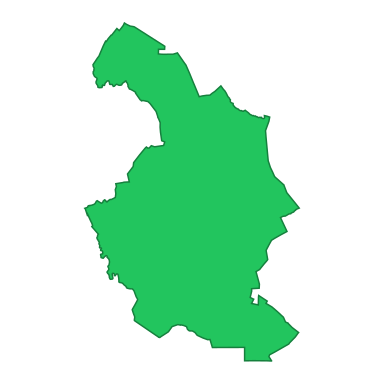 Braslavas pag., Alojas, Latvia
{"feature_id": "27541924B13565408041411", "entity_name": "Braslavas pag.", "entity_type": "district", "adm_level": 2, "iso_a3": "LVA", "parent_name": "Latvia", "parent_adm1": "Alojas", "projection": "mercator", "projection_center": [24.998, 57.744], "detail": "fine", "context": "isolated", "style": "filled", "palette": "green", "viewbox_px": 384, "rotation_deg": 0, "n_neighbors": 0, "source": "geoboundaries", "source_scale": "gbopen_adm2", "svg_char_len": 5872}
<svg xmlns="http://www.w3.org/2000/svg" viewBox="0 0 384 384"><path d="M177.4,52.9L173.1,54.2L167.6,54.2L166.7,54.3L163.9,54.3L161.0,54.2L158.4,53.9L158.5,49.3L164.6,49.3L164.8,46.3L134.4,26.9L133.4,26.6L130.2,26.1L126.6,24.4L124.4,23.0L123.3,25.4L120.9,28.6L119.2,30.6L116.9,28.5L111.7,35.1L111.2,35.1L108.3,38.5L106.3,41.5L105.6,41.1L103.3,45.8L100.8,51.7L98.9,56.2L97.6,57.8L93.0,64.7L93.3,66.7L93.8,67.4L94.0,67.9L94.1,68.6L94.0,69.1L93.9,69.6L94.0,70.3L93.9,70.6L93.2,71.7L93.2,72.9L93.2,73.6L93.5,74.3L94.4,76.2L94.6,76.5L96.7,78.0L97.0,78.4L97.0,79.2L96.0,82.0L96.2,83.4L97.7,85.6L98.0,87.3L98.8,87.6L99.7,87.7L101.9,87.5L102.2,87.0L102.3,86.6L102.2,85.7L102.8,85.0L103.9,85.5L104.5,85.3L105.1,83.3L107.3,80.9L108.6,80.9L109.1,81.5L109.7,84.2L109.9,84.4L112.3,84.5L113.3,86.4L114.4,86.2L115.5,85.0L116.5,84.3L116.8,84.3L118.8,85.2L119.3,85.3L120.5,85.2L121.4,85.0L121.6,84.9L121.9,84.5L122.4,83.4L124.2,82.1L124.8,81.7L125.3,81.0L125.6,80.9L126.0,80.9L126.1,81.0L126.2,81.3L126.4,82.2L126.9,82.6L127.3,83.2L127.6,83.9L128.0,85.2L128.0,86.5L128.8,87.8L129.3,88.8L129.4,89.0L130.7,89.4L133.5,90.9L135.6,92.3L135.6,93.2L139.9,99.4L140.3,99.9L141.1,100.3L141.4,100.8L141.7,100.9L142.2,100.6L143.6,100.6L148.0,101.6L150.1,103.6L156.1,111.5L157.7,116.3L157.7,117.0L158.9,119.4L160.2,122.7L160.1,127.2L160.5,132.2L161.7,140.7L164.7,141.9L164.6,142.4L163.6,145.5L154.6,146.8L151.3,145.7L149.3,147.9L147.9,148.2L146.4,147.0L145.2,148.1L139.9,154.5L133.8,162.4L133.6,162.7L133.6,162.9L133.2,166.5L127.5,174.0L129.3,181.9L123.8,182.2L123.1,182.5L115.8,183.7L116.4,186.7L115.3,189.6L115.8,193.7L115.3,197.5L111.6,199.4L110.0,199.5L109.3,200.1L108.9,200.2L107.9,201.1L107.6,201.4L107.4,201.4L107.4,201.7L107.3,201.8L106.7,201.9L106.2,201.5L105.8,200.9L105.7,200.9L105.4,200.6L105.1,200.1L104.8,199.8L104.4,199.9L104.3,200.0L104.4,200.3L104.2,200.5L103.8,200.6L103.3,200.9L103.2,201.2L102.9,201.9L102.8,202.2L102.7,202.4L101.6,203.2L100.7,202.9L97.2,200.7L96.4,201.2L95.3,203.2L94.8,203.8L94.3,204.2L92.1,205.1L90.5,205.4L90.4,205.5L89.5,205.7L89.3,205.5L88.3,205.8L87.8,206.5L87.8,206.9L87.6,207.3L84.8,208.3L85.3,208.9L85.6,209.8L87.2,214.7L87.5,214.0L90.7,221.0L92.0,223.6L92.6,225.8L91.8,226.6L97.6,233.3L98.4,234.1L98.0,234.6L97.7,235.0L97.5,236.2L97.5,236.7L97.0,237.4L96.9,237.8L97.0,238.2L97.2,238.9L97.8,239.7L98.3,240.8L99.2,242.0L99.3,242.6L99.0,243.1L99.0,243.9L99.8,245.5L99.5,247.3L99.7,247.8L101.0,247.9L101.4,248.2L101.4,248.6L100.8,249.4L100.6,250.1L100.7,250.4L100.9,250.6L101.6,250.6L102.3,251.0L102.5,251.4L102.7,252.1L102.7,253.6L102.5,253.9L100.9,254.2L100.6,254.5L100.7,255.5L101.0,256.5L101.0,257.4L101.1,257.6L101.4,257.7L103.0,258.2L103.4,258.1L103.9,257.4L105.3,256.1L105.9,255.7L106.3,255.6L106.8,255.9L107.2,256.3L107.1,257.3L108.6,258.7L109.2,259.9L109.5,261.9L109.4,262.8L109.1,264.4L109.0,265.0L108.1,266.0L108.0,266.3L107.9,266.6L108.7,268.3L108.8,269.2L108.7,269.7L107.1,271.9L107.1,272.4L107.6,273.2L108.9,274.7L109.0,275.2L109.3,276.5L109.4,277.7L109.6,278.1L110.1,279.1L110.4,279.3L112.3,279.1L112.8,278.7L112.9,278.4L112.9,278.1L112.2,274.3L112.3,273.8L112.5,273.4L113.0,273.3L114.0,273.5L114.2,273.8L114.4,275.3L114.7,275.7L115.0,275.8L115.4,275.5L116.2,274.2L116.9,273.9L117.4,274.0L117.8,274.2L118.0,274.6L118.7,277.9L118.9,280.4L118.9,281.7L119.1,282.2L119.7,282.5L121.6,282.8L122.9,283.5L123.3,284.0L123.6,284.5L126.1,286.5L126.5,287.7L127.2,288.2L129.7,288.8L132.3,288.9L132.8,289.3L134.0,290.8L136.2,296.8L136.9,298.0L137.4,298.8L137.6,299.2L137.6,299.6L137.3,300.4L135.0,304.7L132.3,309.5L132.3,309.9L132.5,310.6L133.9,314.8L134.3,315.5L134.7,316.9L134.7,317.4L134.3,320.2L134.5,320.6L135.0,321.0L155.9,335.3L158.3,336.9L158.5,337.2L158.9,337.3L159.8,337.5L161.0,336.6L168.1,332.0L168.4,331.8L172.1,326.6L177.8,324.6L180.4,325.1L180.5,325.1L180.6,324.9L181.0,325.0L181.2,324.9L183.7,325.5L186.2,326.5L186.6,326.8L186.8,327.4L186.9,327.5L187.3,329.0L188.3,330.1L189.1,330.7L189.7,330.9L192.3,330.9L195.0,332.5L197.1,335.2L197.4,335.4L203.0,338.0L207.7,339.7L210.0,339.5L212.4,347.5L244.6,347.4L244.6,360.8L253.6,360.7L267.1,360.8L271.5,361.0L271.6,360.9L268.9,356.6L269.7,354.7L271.1,354.0L274.8,352.0L288.8,344.0L289.6,342.8L295.1,337.2L296.1,335.9L297.7,333.6L298.6,332.5L292.0,327.4L288.3,323.6L288.2,323.2L285.5,322.0L283.4,317.2L277.1,311.4L272.0,307.0L266.0,303.4L267.2,301.1L258.7,295.5L258.5,297.1L258.3,304.9L251.6,303.5L253.7,299.2L250.2,297.5L250.3,296.9L251.7,291.1L251.6,288.7L259.2,288.2L259.4,284.1L259.2,283.4L256.0,271.6L259.8,269.4L260.0,269.0L264.3,263.7L266.5,261.2L267.7,259.6L266.1,250.4L267.4,247.8L267.7,247.3L269.0,244.8L271.5,240.3L274.5,238.4L280.8,234.8L287.0,231.5L280.5,217.6L282.7,216.4L284.3,216.1L285.2,216.1L286.9,215.2L288.8,214.0L290.8,213.7L291.3,213.0L293.6,212.0L294.1,211.5L294.5,210.9L295.6,210.2L295.6,209.8L296.8,209.1L299.2,208.1L295.3,203.2L286.8,192.7L283.9,185.1L283.9,184.9L283.4,184.5L279.7,181.2L275.3,177.3L274.5,176.4L272.7,172.3L270.4,167.5L269.9,166.0L269.1,163.5L268.2,160.9L266.0,137.0L265.7,132.8L265.5,130.7L268.9,121.3L269.7,117.1L267.4,116.3L264.4,115.6L264.6,117.4L264.5,117.9L264.3,118.2L264.0,118.5L263.3,118.6L262.4,118.4L262.0,118.2L261.7,118.0L261.5,117.4L261.1,117.3L260.7,117.6L259.9,117.3L258.4,117.6L257.0,116.7L256.2,116.7L255.5,116.0L254.4,116.1L253.3,115.5L252.5,115.7L251.0,114.8L249.7,114.2L248.7,113.0L245.8,110.8L245.3,110.3L244.1,110.7L243.6,111.2L243.1,111.3L242.3,111.1L241.6,110.6L241.0,110.8L239.4,110.3L238.4,109.1L237.1,108.8L236.7,108.3L236.0,108.1L234.9,107.3L234.9,107.1L233.4,105.4L233.1,104.8L233.2,103.6L233.1,103.4L231.4,102.8L230.9,102.4L230.3,101.6L230.3,100.7L230.4,99.8L229.8,99.3L229.5,98.3L227.9,96.6L226.2,93.1L224.7,90.7L223.5,89.5L220.9,85.9L214.9,91.4L212.1,93.3L209.8,95.2L206.7,95.3L201.9,96.0L199.2,96.7L194.2,84.6L193.7,83.5L189.7,73.7L185.9,65.0L184.2,62.7L177.4,52.9Z" fill="#22c55e" stroke="#15803d" stroke-width="1.5"/></svg>